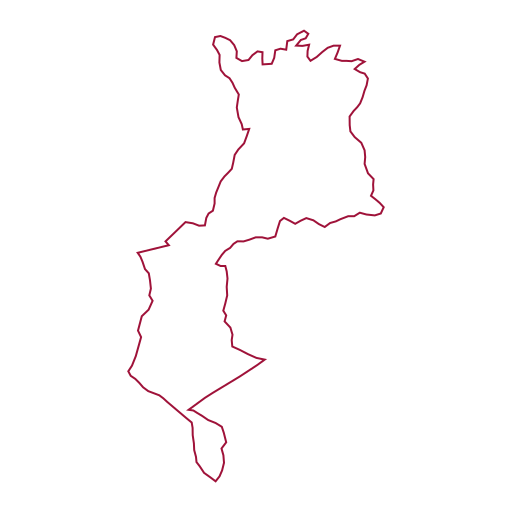 the district of Vargeão, Santa Catarina, Brazil
{"feature_id": "56859067B23018615290529", "entity_name": "Vargeão", "entity_type": "district", "adm_level": 2, "iso_a3": "BRA", "parent_name": "Brazil", "parent_adm1": "Santa Catarina", "projection": "orthographic", "projection_center": [-52.122, -26.799], "detail": "fine", "context": "isolated", "style": "outline", "palette": "rose", "viewbox_px": 512, "rotation_deg": 0, "n_neighbors": 0, "source": "geoboundaries", "source_scale": "gbopen_adm2", "svg_char_len": 2633}
<svg xmlns="http://www.w3.org/2000/svg" viewBox="0 0 512 512"><path d="M242.9,129.5L249.2,128.9L246.8,136.0L244.1,143.3L238.3,149.5L234.7,154.9L233.2,162.7L231.8,168.8L228.1,172.8L224.5,176.4L220.7,181.4L218.4,187.1L216.2,192.5L214.6,198.0L214.6,203.5L212.9,210.7L208.6,213.5L206.3,217.9L204.9,225.4L199.1,225.7L192.9,223.3L185.5,222.1L165.5,241.4L168.8,245.2L137.7,252.8L140.4,256.7L142.5,261.7L145.0,269.1L148.8,273.3L150.0,280.4L150.9,288.6L149.3,295.4L152.6,300.8L148.6,309.7L141.8,316.2L138.0,330.6L141.1,337.1L135.8,356.1L132.0,365.6L128.3,371.3L130.7,375.8L135.3,378.9L139.4,383.0L143.1,387.3L148.2,391.1L159.3,395.3L163.3,398.3L167.2,401.9L186.1,417.9L191.7,422.5L192.6,427.9L192.7,435.1L193.9,443.4L194.2,450.1L196.0,456.9L196.5,462.1L199.6,466.1L204.1,472.9L210.3,477.3L215.6,481.3L219.5,476.4L222.1,470.4L224.0,462.8L223.4,455.3L221.5,448.5L226.2,442.3L223.8,432.8L221.8,426.8L215.6,423.0L208.1,420.0L202.3,416.0L197.3,413.0L193.4,410.5L188.6,409.8L205.0,397.8L212.7,392.9L239.6,376.6L257.0,365.2L264.7,359.6L256.4,357.9L247.9,354.1L239.6,349.8L232.3,346.5L231.7,340.1L232.5,334.7L230.4,327.6L224.6,321.4L226.2,315.4L223.3,310.7L225.3,303.4L227.2,295.4L226.7,286.9L227.5,278.5L226.7,271.4L225.3,266.0L220.6,266.0L215.9,263.8L218.5,259.8L221.8,254.9L225.3,250.8L230.1,247.9L233.5,243.9L237.4,241.3L243.6,241.4L249.3,239.7L255.8,237.3L262.0,237.3L267.8,238.7L275.3,236.5L277.7,228.3L280.0,221.0L283.9,217.9L289.8,220.8L295.2,223.8L300.7,220.7L306.3,218.1L313.4,220.3L318.9,224.1L324.7,227.0L330.1,223.0L335.8,221.4L340.4,219.2L348.2,216.2L354.2,216.2L359.8,212.7L366.4,214.5L374.8,215.4L380.8,213.5L383.7,207.2L379.7,202.9L375.2,199.1L371.0,195.8L373.4,190.4L373.1,184.5L373.6,179.1L368.0,173.3L364.6,163.9L365.2,157.1L364.6,150.3L361.3,142.8L354.7,137.1L350.4,131.4L349.7,125.2L349.6,116.5L353.6,111.0L357.2,107.2L360.1,103.4L362.6,97.2L364.5,90.7L366.6,85.3L367.9,78.5L364.7,73.6L360.1,72.2L354.7,69.0L359.4,64.8L364.5,61.7L358.0,59.0L351.6,61.2L347.0,60.9L342.0,60.9L334.9,58.9L337.6,52.5L340.0,45.7L333.5,45.7L327.7,47.8L322.3,52.0L316.7,57.0L310.5,60.8L307.4,56.6L307.6,50.9L309.1,44.7L302.5,45.9L296.2,45.6L300.8,40.0L305.7,38.3L308.3,33.8L304.0,30.7L297.1,34.3L293.2,39.4L287.3,41.1L286.2,49.7L280.5,48.7L275.3,50.3L274.2,57.9L271.7,63.8L262.6,64.4L262.3,58.5L262.5,52.2L257.5,51.4L252.4,55.2L248.5,60.0L242.0,61.1L236.4,57.9L236.8,51.3L234.2,45.1L230.1,40.2L225.2,37.8L220.4,36.0L215.0,37.1L213.1,44.6L217.0,50.0L219.6,54.9L219.4,62.5L220.8,70.0L225.0,75.3L229.5,78.2L232.5,82.8L234.7,87.7L238.8,94.5L237.8,100.6L236.8,107.5L238.5,117.2L241.7,124.1L242.9,129.5Z" fill="none" stroke="#9f1239" stroke-width="2"/></svg>